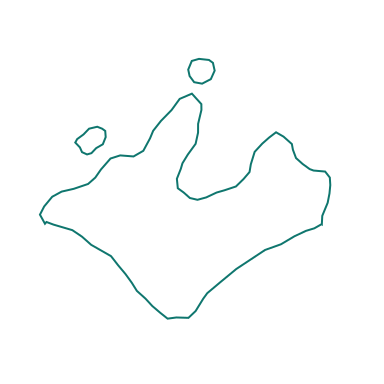 outline of Qazakh District, Qazax, Azerbaijan, rotated 126°
{"feature_id": "54616110B43488292017990", "entity_name": "Qazakh District", "entity_type": "district", "adm_level": 2, "iso_a3": "AZE", "parent_name": "Azerbaijan", "parent_adm1": "Qazax", "projection": "robinson", "projection_center": [45.173, 41.158], "detail": "fine", "context": "isolated", "style": "outline", "palette": "teal", "viewbox_px": 384, "rotation_deg": 126, "n_neighbors": 0, "source": "geoboundaries", "source_scale": "gbopen_adm2", "svg_char_len": 1482}
<svg xmlns="http://www.w3.org/2000/svg" viewBox="0 0 384 384"><g transform="rotate(126 192 192)"><path d="M141.8,68.0L134.7,72.6L121.0,75.9L112.4,79.9L105.1,84.2L99.3,89.0L97.2,96.3L103.2,106.3L104.3,110.3L104.3,119.0L103.4,127.8L98.5,135.2L94.5,139.4L93.4,150.5L94.3,159.1L102.6,161.6L111.6,163.6L122.7,164.9L135.0,160.7L142.0,157.2L151.0,157.9L161.7,159.7L171.6,166.8L178.0,171.8L188.0,177.3L195.1,183.0L198.1,190.2L197.3,198.4L197.3,199.2L197.3,205.7L190.2,212.0L179.7,214.7L174.4,216.6L164.1,217.4L150.9,217.4L140.4,222.0L133.3,227.1L120.1,232.6L115.4,236.1L112.5,249.9L123.9,256.7L137.7,256.7L152.7,258.9L165.3,259.4L173.2,257.5L187.3,255.6L197.6,260.2L204.6,271.6L212.8,277.6L227.2,278.9L237.2,278.7L246.6,280.8L258.9,289.5L268.3,297.7L278.0,302.3L290.6,303.1L299.7,301.7L304.1,292.3L301.8,292.1L299.8,284.9L293.2,266.4L292.8,254.8L294.0,242.5L291.5,219.8L294.7,208.7L297.5,197.5L300.8,187.4L304.4,178.5L305.6,167.0L307.6,157.0L308.4,146.6L308.8,137.3L302.7,130.9L295.9,120.9L286.2,119.1L271.7,120.2L264.9,120.2L248.4,116.1L228.2,110.9L195.9,98.8L182.0,89.3L167.6,83.1L156.5,77.0L149.5,71.7L141.8,68.2L141.8,68.0ZM220.6,315.5L221.8,308.9L224.4,304.4L223.3,299.0L219.7,296.2L212.8,295.3L205.8,292.2L198.3,294.1L193.6,298.1L193.6,301.9L194.9,307.0L201.3,312.5L209.2,313.6L216.7,316.0L220.6,315.5ZM95.2,267.0L99.6,262.1L101.9,254.8L98.4,247.5L89.6,243.1L80.5,245.0L75.2,251.0L75.2,255.9L80.2,264.6L86.1,269.2L95.2,267.0Z" fill="none" stroke="#0f766e" stroke-width="2"/></g></svg>